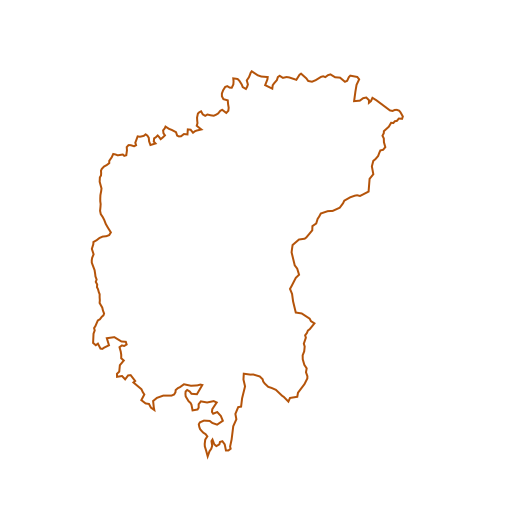 the district of Santo Antônio das Missões, Rio Grande do Sul, Brazil, rotated 163°
{"feature_id": "56859067B65449398596196", "entity_name": "Santo Antônio das Missões", "entity_type": "district", "adm_level": 2, "iso_a3": "BRA", "parent_name": "Brazil", "parent_adm1": "Rio Grande do Sul", "projection": "natural_earth1", "projection_center": [-55.409, -28.458], "detail": "fine", "context": "isolated", "style": "outline", "palette": "amber", "viewbox_px": 512, "rotation_deg": 163, "n_neighbors": 0, "source": "geoboundaries", "source_scale": "gbopen_adm2", "svg_char_len": 5139}
<svg xmlns="http://www.w3.org/2000/svg" viewBox="0 0 512 512"><g transform="rotate(163 256 256)"><path d="M431.9,234.4L432.0,232.0L434.1,229.2L437.2,220.5L435.3,217.5L432.8,218.4L431.8,212.9L430.1,212.1L427.9,212.8L422.7,213.6L422.7,221.0L415.2,219.8L409.7,213.6L405.6,212.0L405.6,209.2L408.4,208.5L410.4,209.7L413.2,208.7L413.3,204.1L413.8,200.8L414.8,197.6L413.0,194.7L418.1,191.4L420.6,185.4L423.4,184.0L424.2,181.1L419.2,180.4L417.2,176.3L413.2,179.2L410.7,178.7L408.1,171.8L410.2,170.9L404.5,162.1L404.1,159.1L403.3,156.2L407.8,151.7L404.7,147.3L401.6,145.8L400.8,141.7L398.3,138.5L398.0,141.1L396.8,147.4L392.2,149.3L385.5,149.6L377.7,147.2L374.8,147.5L372.9,149.2L372.0,151.3L369.3,152.5L367.1,152.8L362.4,154.4L356.1,150.9L349.9,149.4L346.8,149.3L345.1,148.3L352.9,141.1L358.0,143.1L359.0,145.8L361.0,148.0L362.9,147.0L363.8,144.8L364.3,142.3L362.9,136.8L361.6,134.7L361.2,132.7L361.8,126.9L356.8,126.3L355.2,127.7L354.2,131.0L351.2,133.1L345.6,130.2L338.9,129.6L336.4,127.4L340.2,124.3L342.6,122.3L343.7,119.8L343.1,117.7L338.7,118.1L336.4,113.3L335.9,108.1L342.5,106.1L346.6,109.1L348.5,111.8L353.9,113.8L358.3,113.3L359.9,111.8L360.2,109.1L360.1,106.8L359.3,104.9L358.1,102.5L356.3,100.4L355.3,97.7L358.2,95.3L360.0,91.3L360.6,88.9L360.6,83.8L360.8,78.5L357.6,82.8L355.1,84.8L353.4,87.3L352.7,92.0L351.3,93.2L351.0,88.2L349.5,85.8L346.1,86.6L344.8,88.7L342.3,88.7L341.0,85.0L341.6,78.8L339.3,78.1L336.6,79.1L336.5,81.3L333.0,87.6L327.5,99.9L322.5,105.6L321.9,111.0L317.2,116.7L314.3,116.3L310.9,124.0L304.6,134.5L304.1,141.6L302.1,147.0L296.0,144.2L293.3,143.5L287.6,139.7L285.7,136.2L285.8,133.9L285.0,131.6L282.6,127.3L279.7,125.3L276.1,122.2L271.9,114.7L270.6,113.1L267.6,107.3L265.0,110.3L257.7,109.3L255.8,113.0L247.1,119.3L242.7,123.9L242.0,126.0L242.2,130.2L240.4,133.7L241.6,137.8L241.5,143.6L240.4,147.4L237.8,150.7L235.9,155.2L235.9,158.2L232.2,163.3L232.2,165.8L229.8,167.5L228.2,169.5L226.0,170.3L219.8,174.5L222.5,177.6L223.0,180.4L229.1,187.7L234.5,190.3L233.8,201.8L232.6,209.2L233.1,214.6L230.7,216.9L224.3,223.5L220.3,225.5L220.3,231.9L221.7,235.7L220.9,249.1L219.6,252.0L217.8,255.8L210.1,259.2L204.4,258.3L202.5,259.0L194.7,264.1L193.3,268.1L188.9,269.5L186.2,273.5L184.1,275.2L181.6,277.7L174.2,277.9L169.5,276.7L161.8,277.7L157.3,281.0L155.4,283.1L148.7,284.6L143.8,284.8L141.5,284.5L139.0,283.0L129.5,284.7L124.8,296.6L119.9,299.9L119.0,307.8L116.0,312.7L113.5,313.7L110.0,315.9L107.7,318.9L106.2,320.6L103.4,320.4L100.5,322.3L100.4,327.4L99.4,331.1L99.9,334.0L97.9,336.1L97.2,338.0L91.2,340.8L87.8,343.9L85.8,343.0L83.8,344.3L81.8,344.0L79.2,345.7L76.2,344.5L74.8,346.5L75.8,351.1L76.6,353.1L78.6,354.6L80.6,355.1L83.0,354.8L85.3,356.0L95.4,369.8L98.4,373.2L100.8,370.5L103.2,369.5L102.4,371.9L104.2,375.3L107.4,375.6L111.3,374.2L116.9,375.4L112.9,384.1L109.8,390.3L105.7,394.8L106.8,397.6L113.1,400.9L114.9,399.9L117.6,396.9L120.0,396.6L123.5,402.0L128.1,403.8L131.7,407.9L134.3,407.9L137.4,406.8L139.2,408.2L141.4,408.3L147.5,406.7L151.5,406.3L154.9,408.1L155.9,411.1L159.6,417.2L161.4,416.6L165.9,412.7L172.1,417.1L174.5,418.2L178.2,418.5L180.7,421.4L182.8,420.7L184.6,418.1L188.3,415.8L190.1,414.4L191.5,411.3L197.3,416.7L193.5,421.5L192.5,423.7L198.5,426.1L201.5,428.3L206.1,433.9L207.5,432.8L208.7,431.2L210.5,429.0L213.5,426.6L213.6,422.4L215.1,420.3L216.8,418.7L219.3,421.4L219.5,424.1L220.6,428.2L221.8,430.6L223.6,431.5L225.8,432.5L226.4,429.6L227.5,426.7L230.0,424.0L231.9,424.7L233.8,426.8L236.0,426.7L239.0,424.1L241.1,421.4L241.9,418.7L241.3,415.5L237.5,413.1L238.3,409.4L238.8,405.7L240.0,403.0L242.6,401.5L245.6,405.7L247.7,405.3L250.5,403.4L252.8,402.8L255.4,402.5L258.0,403.7L261.1,405.5L263.6,404.9L265.5,407.0L266.2,410.4L268.3,410.0L269.9,409.2L271.9,405.6L272.7,402.4L273.1,400.2L274.6,397.9L272.7,395.0L271.3,393.0L276.0,393.3L277.8,393.2L280.2,392.3L281.6,395.9L284.2,397.0L285.0,394.9L286.0,392.3L289.3,393.7L292.7,392.4L294.8,392.9L296.2,394.2L296.3,397.8L299.7,401.2L302.0,403.0L304.7,406.2L306.0,404.7L308.1,403.3L308.6,400.4L307.8,398.0L310.5,396.6L313.0,395.6L313.8,398.0L314.8,400.0L317.1,398.8L319.0,398.3L320.3,395.3L319.2,393.0L324.5,393.0L324.7,396.9L324.0,400.4L324.7,402.9L326.0,404.6L328.2,403.7L330.0,403.8L332.2,404.0L334.2,405.0L338.3,399.6L338.3,397.0L340.5,396.6L343.4,398.6L345.5,399.3L347.8,397.9L348.5,394.8L350.6,390.3L352.7,390.3L353.7,392.0L358.8,392.7L360.6,394.1L362.7,395.3L365.1,392.6L368.5,389.9L369.2,387.7L372.2,386.6L375.2,386.0L378.0,384.4L379.3,382.9L379.9,380.4L380.7,378.3L382.3,376.9L383.8,372.7L384.0,365.8L385.1,363.3L387.0,359.7L388.1,356.6L388.9,354.0L389.4,351.0L390.4,348.4L391.9,344.8L392.2,341.4L391.2,338.1L390.6,334.9L390.3,330.6L389.4,326.6L387.9,321.0L390.3,318.9L393.3,318.7L397.0,319.4L400.4,319.0L403.8,317.7L407.4,316.9L408.1,314.9L410.9,310.8L410.8,305.1L413.2,302.2L414.3,300.0L415.0,297.6L414.5,289.6L415.1,285.6L415.5,283.4L415.3,280.1L416.8,278.1L416.2,275.2L417.2,272.7L416.8,270.5L416.9,267.3L416.7,265.2L417.6,262.3L418.3,259.3L419.3,256.8L418.1,251.6L418.3,248.6L418.1,245.4L419.3,243.8L421.2,243.0L423.8,241.1L426.1,240.6L427.9,238.5L430.1,235.9L431.9,234.4Z" fill="none" stroke="#b45309" stroke-width="2"/></g></svg>